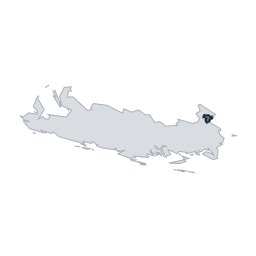 Rostov highlighted on a map of Russia, rotated 189°
{"feature_id": "RUS-2367", "entity_name": "Rostov", "entity_type": "Region", "adm_level": 1, "iso_a3": "RUS", "parent_name": "Russia", "parent_adm1": "", "projection": "robinson", "projection_center": [41.086, 48.087], "detail": "fine", "context": "in_parent", "style": "filled", "palette": "slate", "viewbox_px": 256, "rotation_deg": 189, "n_neighbors": 0, "source": "natural_earth", "source_scale": "10m", "svg_char_len": 5839}
<svg xmlns="http://www.w3.org/2000/svg" viewBox="0 0 256 256"><g transform="rotate(189 128 128)"><path d="M197.3,158.2L190.6,159.7L191.3,158.4L189.8,155.6L192.8,155.1L192.4,149.1L187.2,150.1L170.9,139.1L166.4,140.6L168.0,142.1L166.0,146.7L152.2,147.1L135.8,141.8L135.0,146.3L126.9,144.2L120.4,147.5L113.4,143.9L108.5,144.3L102.3,137.5L97.7,139.3L90.6,135.7L79.8,138.3L81.3,140.2L78.5,142.2L80.1,144.5L64.9,142.5L60.0,145.1L59.0,148.8L63.1,152.8L59.3,156.2L62.3,161.4L60.7,162.6L43.7,155.1L49.0,146.6L36.8,141.8L36.1,140.1L38.3,139.4L35.9,135.4L31.5,133.1L32.5,127.7L35.5,127.4L32.3,126.4L37.7,122.2L35.8,120.8L35.1,115.4L36.4,114.1L34.6,112.0L39.2,110.2L50.4,114.0L47.4,116.8L42.0,115.9L40.1,115.0L38.8,114.9L45.7,120.6L45.0,118.3L48.8,119.3L52.0,116.0L54.5,116.9L53.4,112.4L56.6,112.7L57.7,113.8L55.4,114.5L57.5,115.5L66.5,111.8L65.9,113.1L74.1,112.9L75.2,110.4L85.2,112.9L81.8,108.5L86.9,105.6L88.6,105.9L88.0,107.9L91.6,112.7L89.8,115.7L86.5,115.5L90.6,116.4L93.3,112.1L94.9,111.9L96.5,113.9L98.8,114.2L96.5,112.0L91.5,111.5L91.5,109.2L89.5,107.9L90.9,105.7L92.8,108.2L96.2,108.7L97.0,108.7L92.8,107.1L95.5,106.4L101.5,107.4L101.1,109.2L102.6,110.0L102.1,107.5L97.3,104.5L104.9,105.3L105.4,104.1L102.7,102.8L103.8,102.0L117.6,101.1L116.1,100.1L120.6,98.3L133.9,100.9L127.2,105.8L132.0,103.8L135.4,104.0L136.7,105.7L137.1,106.0L137.6,106.0L137.0,104.5L149.2,104.2L155.4,105.2L157.1,106.9L154.8,106.4L161.1,109.0L161.4,107.1L170.9,107.8L168.6,106.5L169.7,105.6L194.7,108.7L201.6,112.6L202.5,110.6L213.3,112.1L210.9,110.0L224.9,111.9L232.6,118.4L231.5,119.2L228.5,118.4L226.2,119.1L231.6,119.7L236.6,123.3L232.9,122.5L228.8,127.4L219.6,127.3L220.1,130.8L224.9,134.2L222.6,144.0L213.7,133.3L217.8,122.9L213.7,126.2L211.9,124.0L207.9,124.4L206.9,127.6L209.0,128.8L191.0,129.1L186.4,136.7L197.1,139.6L200.5,148.8L197.3,158.2ZM82.1,99.8L69.0,104.9L65.5,104.2L70.9,101.0L82.1,99.8ZM197.8,137.6L207.2,148.4L204.2,147.3L207.8,152.7L205.9,153.6L198.7,141.5L197.8,137.6ZM63.1,107.4L68.8,105.1L67.7,107.1L70.9,109.0L63.1,107.4ZM161.4,101.8L165.2,100.6L170.7,101.5L161.4,101.8ZM108.3,94.9L114.8,96.5L106.8,95.8L108.3,94.9ZM105.7,93.9L110.8,94.2L104.3,94.6L105.7,93.9ZM116.1,96.0L121.1,97.1L115.0,97.9L116.1,96.0ZM172.3,102.0L174.5,101.7L177.8,102.0L172.3,102.0ZM19.4,137.4L23.9,136.3L24.0,137.6L19.4,137.4ZM59.1,94.4L61.8,94.3L56.5,94.7L59.1,94.4ZM168.5,104.1L172.4,105.0L167.6,104.8L168.5,104.1ZM62.0,111.5L60.4,112.3L59.6,111.8L60.4,111.0L62.0,111.5ZM64.3,94.1L66.8,93.9L68.1,94.1L64.3,94.1ZM72.9,94.1L71.8,94.6L69.9,94.4L70.3,94.1L72.9,94.1ZM75.4,94.2L73.2,94.1L76.3,94.0L75.4,94.2ZM72.7,109.4L73.7,110.7L72.0,109.7L72.7,109.4ZM107.2,95.2L105.6,95.5L104.2,95.1L107.2,95.2ZM65.6,93.5L68.9,93.4L67.8,93.7L65.6,93.5ZM220.7,108.6L218.9,108.4L219.5,107.7L220.7,108.6ZM56.6,94.2L58.6,94.3L54.6,94.3L56.6,94.2ZM86.9,105.1L84.9,105.3L86.9,105.1L86.9,105.1ZM133.6,103.0L134.9,103.7L133.1,103.3L133.6,103.0ZM210.0,110.4L209.0,110.7L208.0,110.4L210.0,110.4ZM69.0,94.7L67.5,94.5L69.9,94.6L69.0,94.7ZM68.4,93.8L69.4,94.1L67.6,93.9L68.4,93.8ZM215.5,154.6L215.5,155.4L214.8,156.5L215.5,154.6ZM66.5,94.7L67.6,95.0L66.2,94.9L66.5,94.7ZM95.3,106.2L94.0,106.6L93.6,106.5L95.3,106.2ZM222.6,129.4L221.2,129.1L222.0,128.7L222.6,129.4ZM167.8,103.4L167.7,104.0L166.9,103.6L167.8,103.4ZM189.4,136.1L190.2,137.1L189.4,136.8L189.4,136.1ZM221.9,144.3L221.8,145.7L221.2,145.3L221.9,144.3ZM64.2,94.7L62.9,94.8L62.4,94.7L64.2,94.7ZM95.9,105.3L95.8,105.8L95.4,105.7L95.9,105.3ZM160.0,101.4L159.6,101.7L159.1,101.0L160.0,101.4ZM213.1,157.5L214.3,156.4L213.2,157.7L213.1,157.5Z" fill="#d9dde1" stroke="#a8b0b8" stroke-width="1"/><path d="M48.7,147.6L48.8,147.6L48.8,147.4L49.0,147.4L49.1,147.2L49.0,146.9L49.0,146.7L49.3,146.5L49.5,146.5L49.8,146.5L49.8,146.4L50.0,146.4L50.5,146.2L50.5,145.9L50.7,145.7L50.8,145.7L50.8,145.4L51.0,145.3L51.1,145.6L51.3,145.7L51.3,145.8L51.7,146.0L51.8,146.0L52.1,146.2L52.2,146.4L52.1,146.5L52.0,146.8L52.0,147.0L52.0,147.3L52.4,147.4L52.5,147.4L52.5,147.5L52.9,147.7L52.9,147.8L53.0,148.0L52.9,148.2L52.9,148.3L53.0,148.4L53.0,148.5L52.9,148.5L52.7,148.6L52.3,148.6L52.1,148.7L52.0,148.8L52.1,149.0L52.1,149.3L52.0,149.5L52.3,149.5L52.7,149.6L52.8,149.7L53.0,149.9L53.1,150.1L53.3,150.4L53.4,150.5L53.5,150.4L53.7,150.5L53.8,150.6L54.2,150.6L54.3,150.6L54.5,150.6L54.7,150.8L54.7,151.0L54.9,151.0L54.9,150.8L54.9,150.7L55.0,150.7L55.3,150.4L55.3,150.5L55.5,150.6L55.5,151.3L55.4,151.7L55.3,151.8L55.2,151.8L54.9,152.0L54.7,152.3L54.9,152.4L54.9,152.6L55.0,152.7L55.0,152.8L54.9,152.8L54.8,152.7L54.7,152.7L54.5,152.9L54.5,153.0L54.4,153.0L54.0,153.1L53.6,152.7L53.4,152.6L53.1,152.7L52.9,152.6L52.6,152.5L52.6,152.4L52.2,152.3L52.0,152.5L52.3,152.8L51.9,152.8L51.8,153.0L51.7,153.1L51.4,153.1L51.5,153.3L51.4,153.4L51.1,153.4L51.0,153.5L50.7,153.5L50.7,153.4L50.5,153.2L50.4,153.2L50.4,152.8L50.3,153.0L50.0,153.0L50.0,152.9L49.4,152.9L49.2,152.7L49.3,152.6L49.2,152.5L49.2,152.4L48.9,152.4L48.9,152.2L49.0,152.2L48.9,151.9L48.6,151.9L48.4,151.9L48.2,151.9L47.9,151.9L47.7,151.9L47.7,152.0L47.5,152.3L47.3,152.2L47.2,152.2L47.1,152.3L47.1,152.2L47.2,151.9L46.9,151.8L47.0,151.7L47.3,151.6L47.5,151.4L47.5,151.5L47.6,151.4L47.8,151.5L47.8,151.4L47.9,151.2L47.8,151.3L47.8,151.2L47.7,151.2L47.8,151.1L47.6,151.0L47.5,150.9L47.4,151.0L47.2,151.1L47.3,151.1L47.2,151.1L46.8,151.2L46.7,151.2L46.7,151.3L46.6,151.2L47.0,151.0L47.1,150.9L47.0,151.0L46.7,151.0L46.2,151.3L46.1,151.2L46.3,151.0L46.3,150.9L46.1,150.9L46.2,150.7L46.3,150.5L46.3,150.4L46.7,150.3L46.9,150.2L47.0,150.2L47.1,149.9L47.4,149.9L47.5,149.9L47.9,149.9L48.0,149.9L48.4,149.9L48.5,149.9L48.5,149.7L48.6,149.4L48.7,149.2L48.9,149.1L48.7,149.1L48.7,148.9L48.8,148.9L48.7,148.7L48.4,148.5L48.4,148.2L48.5,148.1L48.8,148.1L49.0,148.0L49.0,147.9L48.9,147.9L48.8,148.0L48.8,147.9L48.7,147.9L48.4,147.7L48.5,147.6L48.7,147.6Z" fill="#64748b" stroke="#1e293b" stroke-width="1.5"/></g></svg>